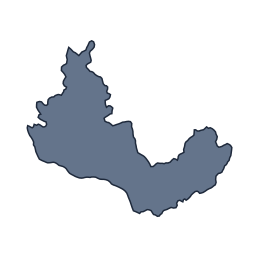 Tumiritinga, Minas Gerais, Brazil (Equal Earth projection), rotated 171°
{"feature_id": "56859067B90264149101668", "entity_name": "Tumiritinga", "entity_type": "district", "adm_level": 2, "iso_a3": "BRA", "parent_name": "Brazil", "parent_adm1": "Minas Gerais", "projection": "equal_earth", "projection_center": [-41.714, -19.039], "detail": "fine", "context": "isolated", "style": "filled", "palette": "slate", "viewbox_px": 256, "rotation_deg": 171, "n_neighbors": 0, "source": "geoboundaries", "source_scale": "gbopen_adm2", "svg_char_len": 4306}
<svg xmlns="http://www.w3.org/2000/svg" viewBox="0 0 256 256"><g transform="rotate(171 128 128)"><path d="M28.5,92.5L29.5,94.8L30.9,96.1L32.5,97.1L34.3,96.4L36.4,95.9L37.8,95.2L39.7,94.9L41.3,94.8L42.7,96.4L43.1,98.5L43.7,100.7L42.2,102.8L41.2,105.5L42.0,108.2L42.2,110.5L43.5,112.6L45.0,114.2L46.8,115.4L48.6,115.1L50.2,116.8L52.2,115.4L53.6,114.5L56.5,114.3L58.2,113.9L60.0,114.2L61.4,115.6L62.8,115.8L63.4,113.0L64.0,110.7L65.7,109.6L67.1,109.1L69.0,108.1L71.1,106.2L72.8,105.3L74.0,103.9L75.1,100.7L76.4,98.1L76.5,95.3L78.5,94.5L80.3,94.1L81.7,93.5L82.8,92.1L83.3,90.2L84.3,88.5L85.8,89.8L87.6,90.6L89.5,89.5L91.6,87.7L94.0,87.2L96.0,87.6L97.9,87.1L99.5,87.7L102.1,88.1L104.2,88.8L105.7,88.3L107.1,87.3L109.1,86.0L111.5,86.3L112.1,88.8L113.1,91.4L113.9,93.0L115.1,95.3L116.3,97.1L117.6,98.4L119.3,99.7L120.7,100.9L122.2,102.1L122.5,104.6L122.8,106.8L122.8,109.1L123.0,111.9L122.6,114.3L122.9,116.2L124.0,118.2L124.0,121.1L123.7,123.8L123.8,126.1L124.3,128.6L123.6,131.9L124.6,133.9L126.5,134.5L128.2,134.6L130.4,134.5L132.5,134.6L134.8,133.9L136.6,133.5L138.8,133.2L141.2,132.7L142.8,132.6L144.4,134.6L146.2,136.4L147.8,136.9L149.7,138.3L150.1,141.4L148.6,142.3L146.8,143.0L145.1,143.8L143.3,144.7L141.7,144.7L141.0,147.6L139.9,150.1L141.0,151.6L142.3,152.7L143.8,153.0L146.0,151.8L146.6,154.6L146.5,156.8L146.2,158.8L144.2,159.3L142.3,159.9L141.0,161.4L140.1,163.7L141.4,164.9L143.0,165.7L143.3,167.7L142.1,169.6L141.7,171.7L142.7,173.1L144.2,173.5L145.5,175.5L145.8,178.3L146.0,181.0L147.2,182.7L148.8,183.3L150.3,184.3L152.2,186.1L153.5,188.2L154.9,189.3L156.7,189.9L157.9,191.9L159.6,194.3L159.6,196.4L158.0,197.6L156.0,198.3L154.5,198.9L153.8,200.6L154.0,203.2L154.3,205.7L154.4,208.1L153.2,209.9L151.9,210.6L150.5,211.6L148.8,213.2L148.0,215.6L148.5,218.5L150.2,219.8L152.6,219.0L153.8,217.2L154.8,215.6L156.1,214.0L157.4,211.6L159.6,210.8L161.6,210.3L163.6,208.6L165.2,207.2L166.8,209.0L168.3,210.6L170.1,211.8L172.0,214.6L173.9,216.9L175.0,214.7L176.4,211.6L177.6,209.1L177.5,207.1L177.3,205.2L178.6,201.3L180.1,200.6L181.9,200.1L184.1,198.6L184.8,195.2L183.3,193.0L182.1,190.8L181.3,188.2L183.1,186.2L184.5,184.3L185.1,182.0L184.3,179.6L182.3,178.0L183.3,176.2L185.3,175.6L186.0,173.8L187.1,172.7L188.7,170.8L190.2,171.5L191.7,172.0L193.1,171.8L194.9,171.4L196.4,170.3L198.5,170.5L200.8,169.8L202.4,168.5L203.1,166.4L203.6,163.9L205.1,163.1L206.9,163.7L208.2,165.4L209.3,167.3L211.1,168.0L212.5,167.9L214.0,167.6L214.6,165.5L215.1,162.8L214.1,159.8L213.0,157.4L212.0,155.3L213.8,155.0L215.1,152.6L213.2,150.3L211.4,149.0L209.7,147.7L208.0,146.9L207.8,144.4L208.7,142.9L210.1,142.2L211.7,142.3L213.0,143.4L214.4,144.8L216.0,145.8L217.8,145.0L220.1,146.3L221.2,143.9L222.6,143.2L224.0,144.1L225.2,145.1L226.7,146.0L227.5,143.9L227.4,141.4L227.0,138.9L226.2,136.0L225.0,133.7L224.0,131.2L223.4,128.9L224.0,126.1L223.0,124.0L222.8,121.3L222.7,119.1L222.2,117.1L221.3,113.8L220.4,111.1L218.4,109.6L217.2,108.8L215.8,108.0L214.3,107.0L212.9,106.2L210.4,105.9L207.2,105.9L205.4,105.2L203.8,103.9L202.0,101.9L199.8,100.9L198.1,100.1L196.5,98.8L195.4,97.5L194.6,95.7L193.7,94.0L192.8,92.5L191.2,91.1L189.4,89.8L187.6,88.4L185.9,87.4L183.8,86.3L181.8,85.8L180.2,85.7L178.3,85.9L176.4,85.9L174.9,85.6L173.2,85.1L171.7,85.3L169.6,85.0L167.6,84.5L165.8,83.2L163.8,81.9L161.8,81.4L160.0,81.1L157.9,80.4L155.8,79.2L154.1,77.3L153.1,75.4L151.3,74.0L149.5,73.1L147.9,72.1L145.8,70.7L143.5,69.0L142.3,68.0L140.7,66.2L139.4,64.0L138.8,61.6L138.5,59.8L137.9,57.3L137.3,54.7L137.0,52.8L136.7,51.0L136.3,48.6L135.6,45.4L133.2,44.0L131.4,42.8L129.9,41.8L128.2,43.2L126.1,43.0L123.8,43.7L121.9,44.4L120.0,43.9L118.1,42.8L117.2,40.6L116.3,38.6L114.5,37.8L112.8,36.2L110.8,36.2L109.6,37.5L108.0,38.2L106.8,40.0L105.6,40.9L104.0,41.2L102.1,41.5L100.4,42.1L97.9,42.8L95.4,41.8L93.1,41.8L91.5,43.9L91.7,46.2L90.0,48.3L88.0,48.5L86.8,47.4L85.4,46.5L84.4,48.6L83.0,49.0L81.9,47.6L80.1,48.4L78.2,49.7L77.0,50.7L75.9,52.0L74.0,53.3L71.6,54.7L69.7,54.8L68.5,54.0L67.5,52.3L66.0,52.3L63.9,52.6L61.7,53.5L59.3,54.7L57.2,55.4L55.4,55.8L53.9,56.5L52.5,57.4L50.7,58.2L49.5,60.5L49.5,63.4L48.7,66.6L47.0,68.1L45.7,69.0L44.1,69.0L42.2,69.7L41.2,71.2L40.0,72.6L39.2,74.1L38.4,75.6L37.0,76.2L35.8,77.4L34.9,78.9L33.2,80.2L32.2,82.7L30.8,84.6L30.2,86.5L29.3,89.5L28.5,92.5Z" fill="#64748b" stroke="#1e293b" stroke-width="1.5"/></g></svg>